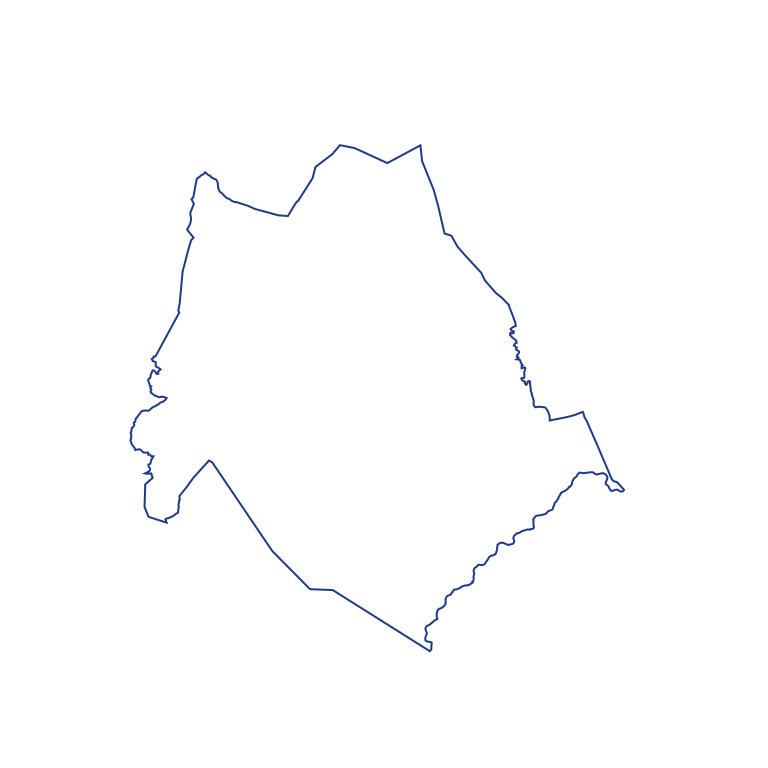 outline of Santa María Zacatepec, Oaxaca, Mexico, rotated 208°
{"feature_id": "50627088B32232692879146", "entity_name": "Santa María Zacatepec", "entity_type": "district", "adm_level": 2, "iso_a3": "MEX", "parent_name": "Mexico", "parent_adm1": "Oaxaca", "projection": "mercator", "projection_center": [-98.002, 16.768], "detail": "fine", "context": "isolated", "style": "outline", "palette": "blue", "viewbox_px": 768, "rotation_deg": 208, "n_neighbors": 0, "source": "geoboundaries", "source_scale": "gbopen_adm2", "svg_char_len": 6166}
<svg xmlns="http://www.w3.org/2000/svg" viewBox="0 0 768 768"><g transform="rotate(208 384 384)"><path d="M122.4,403.3L132.0,406.7L133.6,406.5L135.0,406.1L137.2,406.5L138.2,406.9L164.7,428.3L188.1,446.9L191.1,448.5L194.1,451.7L195.4,452.7L200.4,446.9L202.0,445.2L207.4,440.3L220.5,429.6L221.4,431.3L223.3,434.0L225.6,436.2L229.2,438.5L231.0,438.9L236.2,436.8L237.6,435.9L239.3,434.6L240.3,434.8L241.9,435.6L242.8,437.1L243.9,439.5L246.2,441.9L247.8,443.2L248.5,444.0L248.4,444.1L249.3,445.3L251.2,446.7L251.7,448.1L255.6,453.2L256.1,454.7L257.0,454.9L258.0,454.1L258.2,453.4L257.8,452.5L257.8,451.7L257.8,450.3L258.1,449.9L259.9,450.6L260.3,451.4L260.3,451.9L260.6,452.2L263.9,452.2L265.3,453.3L264.9,454.1L263.3,455.0L263.3,456.1L265.7,460.2L266.7,464.4L267.5,464.6L267.9,464.6L269.9,462.5L271.1,464.8L270.5,465.7L273.7,467.3L274.5,468.6L275.5,469.1L278.4,468.1L277.8,469.2L277.5,470.3L278.3,470.6L279.5,470.3L279.9,471.2L280.0,472.3L279.7,472.8L279.5,475.4L279.6,475.7L280.9,476.4L282.4,476.2L283.7,476.5L283.9,478.4L284.5,478.1L286.5,479.1L287.4,479.0L287.3,481.4L286.2,482.6L287.7,484.4L292.8,485.4L295.9,486.6L296.4,487.9L296.2,488.8L295.8,488.9L294.7,488.7L294.3,488.9L293.8,489.7L293.5,490.5L294.1,491.4L295.3,491.1L296.9,491.2L297.9,491.7L298.1,492.0L297.0,494.6L294.9,497.1L295.8,498.3L296.2,499.1L304.0,506.2L307.7,509.3L311.1,512.5L319.8,515.3L328.0,516.9L343.3,522.7L350.3,527.8L373.1,535.8L383.4,539.7L394.1,546.5L401.2,545.3L419.5,566.3L431.0,578.5L455.0,598.7L463.9,611.8L484.8,580.6L520.8,578.5L535.0,574.2L537.5,562.8L546.4,543.4L543.7,532.2L545.8,505.1L546.6,504.1L547.1,498.3L547.7,487.2L556.3,483.4L579.9,478.0L587.3,477.5L599.9,475.3L600.6,474.7L603.2,474.3L605.1,474.3L607.2,474.8L610.0,474.3L614.3,475.5L616.5,476.3L619.1,476.7L620.2,477.3L621.2,478.1L622.1,479.2L622.9,479.8L624.9,483.1L626.1,484.3L626.9,485.0L628.6,485.7L629.7,485.7L630.7,485.3L631.5,485.4L632.9,485.4L634.3,485.7L635.2,486.2L636.2,486.0L638.4,486.3L641.1,487.0L641.6,486.7L641.6,486.1L641.8,484.5L642.7,483.3L643.3,482.8L643.8,481.2L645.6,477.1L640.0,459.1L640.7,456.8L636.4,453.7L635.4,444.0L631.8,439.2L630.3,434.4L630.3,427.8L620.8,423.8L621.8,420.5L619.5,409.2L614.5,388.5L602.2,359.2L600.1,352.3L598.3,351.1L598.7,301.0L600.3,300.2L599.9,298.5L600.8,297.1L598.9,295.8L595.8,296.2L594.6,293.8L593.6,292.4L591.3,292.4L588.2,292.1L588.8,290.5L589.2,288.7L588.1,287.1L589.5,286.1L591.8,287.5L593.3,287.9L594.7,287.4L594.2,282.5L593.6,280.8L593.3,279.3L594.2,278.1L593.8,276.1L591.7,274.5L590.1,272.7L588.4,272.7L588.6,270.8L586.7,269.7L586.6,267.6L584.9,266.7L583.3,266.7L581.4,266.2L576.3,266.7L574.3,268.5L571.6,269.4L569.3,269.5L569.6,267.2L570.5,265.6L571.1,264.2L572.8,262.5L573.7,259.8L574.9,258.7L575.3,257.2L577.0,255.4L577.9,253.6L578.6,251.3L579.6,249.6L581.4,249.0L583.0,248.1L585.0,246.6L585.6,244.1L586.4,238.6L586.9,236.6L586.0,234.0L586.8,232.2L585.3,230.7L585.2,228.7L586.0,227.0L585.6,225.4L584.8,223.7L584.8,221.8L583.2,220.7L582.7,218.7L581.6,217.4L581.4,215.3L578.7,212.6L576.7,211.5L574.4,210.6L572.5,208.9L571.0,210.4L569.3,211.6L567.8,211.6L566.1,211.0L563.9,210.7L560.0,212.7L558.9,210.9L557.3,211.8L555.8,210.9L553.6,211.9L553.8,207.5L552.8,203.9L554.2,202.2L553.1,200.7L551.1,199.7L550.3,198.2L550.3,196.7L553.0,192.9L551.2,193.5L549.0,194.7L547.5,195.8L544.2,192.4L547.7,183.3L537.7,163.0L529.5,156.2L510.8,159.5L513.5,162.0L512.5,163.5L511.7,164.1L511.3,164.6L510.6,165.2L508.8,167.6L507.7,169.4L506.7,172.0L505.6,173.0L505.6,173.9L505.9,174.9L507.0,177.2L507.2,178.7L509.0,181.3L509.2,182.8L509.9,184.1L510.1,184.9L510.0,186.3L511.3,187.5L512.0,189.0L509.7,201.3L508.3,211.7L502.6,234.3L498.7,234.1L404.3,184.1L353.0,168.1L332.5,178.0L218.2,169.6L217.6,171.8L218.5,173.4L219.0,174.9L219.3,175.1L220.3,177.9L220.8,178.1L221.4,178.0L224.5,177.1L226.2,176.8L227.2,177.3L228.3,179.1L228.8,181.4L228.8,183.2L229.4,184.4L232.5,187.1L232.9,189.2L232.6,190.2L232.6,190.6L231.1,192.2L229.9,194.8L229.5,196.2L228.9,197.2L228.3,199.1L227.2,200.5L226.6,201.6L226.8,202.0L227.4,202.3L228.7,204.1L229.7,206.0L230.2,208.0L230.3,209.4L230.5,209.7L230.2,210.5L229.4,211.8L227.9,213.4L227.8,214.0L227.0,215.2L226.4,217.9L226.6,219.0L227.3,220.6L228.5,222.4L228.9,225.5L228.3,227.0L226.4,229.2L226.2,229.7L226.2,231.8L225.8,232.3L225.9,232.9L225.7,235.2L223.7,236.6L223.0,237.2L222.7,237.8L221.8,238.7L220.8,240.3L220.3,241.5L219.3,242.7L217.5,244.4L216.0,245.2L215.8,245.6L214.7,246.2L214.2,247.3L212.5,250.2L212.5,250.6L213.2,250.9L212.6,251.9L212.9,252.5L213.1,253.4L214.0,255.2L214.5,255.7L215.6,259.6L216.8,260.5L217.5,261.9L217.6,264.0L216.2,266.7L216.0,268.3L214.9,269.2L213.9,269.5L212.1,270.4L210.8,271.8L210.4,273.3L210.5,274.3L210.2,275.6L210.0,277.1L209.9,280.7L209.1,282.3L207.4,283.7L207.0,284.2L206.8,284.9L206.0,285.5L205.6,287.1L206.1,288.5L206.1,289.6L206.4,291.0L207.4,292.8L207.7,294.1L208.3,295.4L207.1,297.9L204.9,299.6L201.0,300.0L199.5,300.1L198.6,300.4L198.2,300.5L197.8,301.1L195.3,303.3L194.9,304.2L195.0,306.1L195.5,306.5L195.7,306.9L196.7,307.8L197.5,308.7L197.8,310.2L197.8,310.9L197.1,313.4L196.2,315.0L195.5,315.2L194.8,315.9L193.8,317.5L193.4,318.5L188.9,323.0L187.0,323.7L186.6,324.2L186.5,324.9L185.0,325.7L184.3,326.6L184.3,327.8L184.5,328.2L185.6,329.3L186.9,331.6L187.6,333.2L188.2,333.6L188.7,334.4L188.1,338.2L187.0,339.8L184.4,341.4L180.3,345.2L179.4,348.0L179.3,348.9L177.0,351.3L176.4,352.3L176.3,353.3L176.9,355.3L176.8,357.2L177.3,358.1L177.5,359.5L176.8,360.6L176.6,363.0L176.4,363.6L176.4,365.1L176.7,366.2L176.5,368.2L176.6,370.6L176.1,370.9L176.1,372.0L174.3,374.2L172.5,377.6L172.3,380.2L171.7,380.4L171.4,381.1L171.4,381.8L171.1,383.0L171.3,384.7L171.8,385.6L172.0,386.8L171.8,390.0L170.6,392.5L170.6,393.4L170.5,395.4L170.1,396.8L169.5,397.6L169.2,397.9L167.5,398.4L166.9,398.4L159.1,403.7L158.1,404.0L157.1,404.1L156.4,403.8L153.9,403.8L150.5,406.8L148.5,408.2L145.3,408.1L142.9,406.4L142.4,405.3L142.2,404.1L142.3,403.2L142.1,401.8L141.7,400.6L141.3,399.8L140.8,399.5L139.4,399.5L138.2,399.2L137.6,398.9L135.6,397.3L135.0,397.1L134.0,396.4L132.9,396.4L132.1,396.8L129.6,399.6L128.3,400.3L125.1,400.1L124.4,400.2L123.5,400.7L122.7,401.4L122.4,403.3Z" fill="none" stroke="#1e3a8a" stroke-width="2"/></g></svg>